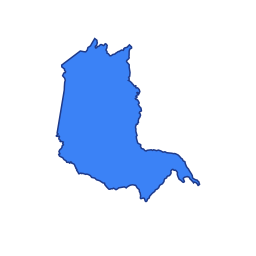 outline of Yalinga, Haute-Kotto, Central African Republic, rotated 128°
{"feature_id": "33826404B77142922363915", "entity_name": "Yalinga", "entity_type": "district", "adm_level": 2, "iso_a3": "CAF", "parent_name": "Central African Republic", "parent_adm1": "Haute-Kotto", "projection": "orthographic", "projection_center": [23.642, 7.657], "detail": "fine", "context": "isolated", "style": "filled", "palette": "blue", "viewbox_px": 256, "rotation_deg": 128, "n_neighbors": 0, "source": "geoboundaries", "source_scale": "gbopen_adm2", "svg_char_len": 5816}
<svg xmlns="http://www.w3.org/2000/svg" viewBox="0 0 256 256"><g transform="rotate(128 128 128)"><path d="M176.3,92.5L175.2,92.4L174.3,92.1L173.6,91.9L172.5,91.4L171.7,91.0L170.6,90.1L169.8,89.3L169.4,88.5L168.9,87.4L168.5,86.7L168.7,86.0L169.0,85.2L169.4,84.2L169.5,83.6L169.6,82.8L169.6,81.7L169.8,81.1L170.2,80.7L170.8,80.2L171.2,79.7L171.3,79.4L171.5,78.8L171.8,78.3L172.4,77.7L172.8,77.3L173.5,76.4L173.9,76.1L174.2,76.0L175.0,75.6L175.6,75.0L175.8,74.8L175.8,74.5L175.7,74.3L175.0,73.7L174.7,73.6L173.9,72.9L173.6,72.4L173.5,72.1L173.5,71.7L174.0,70.9L174.9,69.5L175.0,69.2L175.0,68.8L174.9,68.6L174.7,68.4L174.3,68.3L173.6,68.2L172.8,68.6L172.5,68.7L172.3,68.8L171.9,68.8L171.6,68.7L170.4,68.3L170.0,68.2L168.7,68.9L167.7,68.9L166.6,68.8L165.9,68.8L164.7,68.7L163.3,68.4L162.0,68.0L161.4,67.9L160.3,68.3L159.9,68.3L158.5,67.6L158.3,67.5L158.0,67.3L157.3,67.3L156.9,67.2L156.6,67.1L156.3,67.0L155.4,67.3L154.2,67.6L153.9,67.7L153.5,67.6L152.8,67.5L152.2,67.2L151.9,67.1L151.2,66.7L150.5,66.5L150.2,66.5L149.6,66.7L149.2,66.6L148.1,66.7L146.9,67.4L146.3,67.6L145.4,67.8L145.1,67.7L144.4,67.2L144.1,67.1L143.4,66.9L142.3,67.3L141.9,67.3L141.6,67.2L140.3,66.2L139.7,66.0L139.0,66.0L137.6,66.1L137.1,66.3L136.6,66.6L135.8,67.5L135.4,67.8L135.1,67.8L133.9,67.7L133.3,67.5L132.9,67.1L133.0,66.7L133.0,66.3L132.9,65.7L132.6,65.2L132.4,65.1L132.2,64.9L132.0,64.3L132.0,63.9L132.3,62.6L132.5,62.0L132.6,61.7L133.1,61.3L133.6,61.1L134.2,60.6L134.9,59.7L135.5,58.7L135.7,58.4L136.4,57.1L136.5,56.8L136.7,56.6L136.9,56.0L136.9,55.6L136.7,54.6L136.7,54.2L136.9,51.9L136.9,51.5L136.8,51.2L136.7,50.9L136.2,50.6L135.8,50.6L135.5,50.6L135.0,51.3L134.0,53.2L133.8,53.3L133.5,53.4L132.7,53.3L132.0,53.1L131.5,52.8L130.4,51.9L129.9,51.6L129.7,51.4L129.6,50.8L129.6,50.5L129.2,50.1L129.2,49.8L129.3,49.1L129.9,48.0L130.0,47.3L130.0,46.5L130.2,45.9L130.3,45.6L130.3,44.8L130.5,43.7L130.9,42.5L129.9,42.5L129.5,41.6L129.2,40.8L129.5,38.7L129.9,38.0L130.1,37.4L129.9,37.2L128.8,37.0L128.2,37.0L128.0,37.6L126.9,38.9L126.8,40.2L126.5,41.3L127.1,42.8L127.4,43.8L127.6,45.7L127.5,46.4L126.0,48.0L125.3,49.4L123.9,53.3L123.1,55.1L122.9,56.5L122.5,58.0L121.0,60.6L119.5,62.5L119.6,63.1L119.9,63.8L119.8,64.7L119.3,65.4L119.0,66.1L119.1,67.7L118.6,69.9L118.4,71.9L119.0,74.6L119.4,75.5L120.2,76.4L121.0,78.1L123.6,82.2L124.0,84.2L125.5,85.6L125.8,87.9L126.7,90.5L127.5,91.0L128.4,91.7L128.6,92.3L128.9,93.3L129.5,94.5L130.5,94.8L130.8,96.2L133.8,99.2L134.7,99.4L135.2,100.1L135.4,101.0L135.0,102.8L135.6,104.0L135.7,105.3L135.2,105.9L134.7,107.0L133.5,107.4L133.4,108.5L133.7,109.5L133.8,111.2L131.1,114.8L129.5,116.3L128.4,116.2L126.0,119.5L125.3,120.2L123.8,121.2L123.5,121.8L122.8,122.5L121.8,123.1L120.9,123.3L120.0,123.7L119.7,123.5L119.3,123.0L118.9,122.9L118.7,123.1L118.2,123.4L117.9,123.3L117.4,123.2L116.9,123.3L116.4,124.1L116.0,124.4L114.8,124.8L114.5,125.1L113.9,125.4L113.2,125.2L112.3,125.3L111.4,125.6L110.2,126.0L109.4,127.0L109.4,128.2L108.9,128.5L108.1,128.7L107.7,128.6L106.9,128.1L106.2,128.0L104.3,130.1L104.0,132.2L103.1,134.4L102.7,134.6L102.3,134.5L101.8,134.4L101.2,134.8L100.5,136.4L100.0,137.8L100.6,139.4L100.2,140.4L99.6,140.2L98.8,139.8L98.3,139.8L97.9,140.1L98.1,141.3L97.6,141.3L96.5,141.1L96.1,140.8L95.7,140.4L95.2,140.2L95.0,140.6L95.0,142.0L94.8,142.7L94.3,142.6L94.0,142.3L94.0,141.8L94.0,141.0L93.7,140.6L92.0,141.1L90.9,142.7L90.5,144.5L90.6,145.4L91.4,146.2L91.1,147.1L90.7,147.4L90.0,147.6L90.0,148.0L90.7,148.3L91.1,148.8L90.5,150.9L90.5,152.0L90.1,152.8L90.0,155.3L90.0,156.0L90.2,156.8L89.6,156.6L88.4,157.5L88.0,158.0L87.7,158.7L87.2,158.7L86.6,158.4L85.9,158.7L83.0,160.6L79.4,164.5L77.4,166.0L76.7,169.6L76.2,170.4L75.4,170.5L73.7,170.2L72.5,170.1L71.9,170.3L71.5,171.0L69.9,172.0L67.0,174.2L65.4,175.0L64.5,175.1L63.5,174.6L62.7,174.4L61.9,175.2L61.6,178.1L64.9,178.4L67.1,180.0L68.2,180.1L68.7,179.6L69.8,179.6L70.3,180.9L71.1,181.2L71.6,181.7L72.3,181.8L73.1,181.9L73.4,182.5L74.1,182.9L75.3,183.2L76.5,183.7L77.9,183.9L79.4,185.2L81.2,185.7L82.2,186.6L81.6,189.3L81.9,190.7L80.6,191.7L80.3,193.1L79.6,193.6L77.8,194.0L76.9,194.7L75.8,195.2L75.3,196.6L75.6,197.8L77.9,197.9L78.2,198.1L78.5,200.1L79.2,201.0L80.2,201.2L81.7,201.3L82.3,202.0L82.9,202.2L84.0,202.1L84.8,202.6L84.8,203.0L84.5,203.5L83.8,204.0L83.2,204.0L82.6,203.6L79.8,204.6L79.3,205.3L78.0,206.5L78.0,209.3L84.1,208.5L86.3,208.1L89.3,209.1L91.7,208.1L94.0,208.2L94.9,209.5L96.7,213.0L119.2,219.0L120.6,217.8L120.6,216.4L120.6,214.3L121.3,213.9L121.7,213.2L121.9,212.0L122.9,211.5L123.7,212.3L125.1,212.2L127.1,211.7L127.7,208.6L129.0,206.8L131.0,206.0L134.7,203.5L137.3,201.6L175.7,180.7L175.7,179.6L176.3,179.3L177.0,179.6L177.6,179.7L178.2,179.7L178.5,179.4L178.3,178.8L177.8,178.3L177.7,177.9L177.1,177.5L176.8,177.1L177.1,176.6L177.8,176.4L178.4,176.3L179.1,175.8L179.5,175.0L179.3,174.1L179.5,173.5L180.3,173.3L180.3,172.9L180.0,172.4L179.4,171.9L179.0,170.3L180.3,170.0L180.6,169.4L180.7,168.8L181.1,168.5L181.6,168.8L182.2,168.9L182.9,168.8L183.4,168.4L184.1,168.1L184.8,168.0L185.7,168.0L186.2,168.2L186.8,168.3L187.6,168.3L189.1,167.9L190.3,165.8L191.4,166.4L191.9,165.6L192.3,164.7L192.1,163.3L191.6,161.2L192.3,159.0L192.0,156.7L192.7,155.2L192.4,154.6L191.7,154.1L191.4,153.5L191.7,152.6L191.5,152.2L191.0,152.1L190.6,152.4L190.2,152.4L189.9,152.1L189.8,151.3L190.3,150.7L189.7,148.8L189.8,147.8L190.5,146.4L191.0,145.8L191.2,145.0L191.6,144.3L192.0,144.1L192.1,142.8L192.9,142.4L193.9,139.4L194.4,138.8L193.9,138.1L192.8,137.6L192.4,137.0L192.5,136.5L191.6,135.7L190.5,132.7L189.7,132.1L189.1,130.6L188.7,128.4L189.3,126.2L187.9,123.3L188.2,121.0L187.0,117.9L186.7,113.9L185.9,112.5L186.9,111.4L187.6,108.4L188.0,105.5L187.4,104.5L186.5,104.1L186.0,103.6L185.5,102.8L184.5,102.5L184.2,101.8L184.0,99.5L182.5,98.8L180.9,98.5L176.6,94.6L176.3,92.5Z" fill="#3b82f6" stroke="#1e3a8a" stroke-width="1.5"/></g></svg>